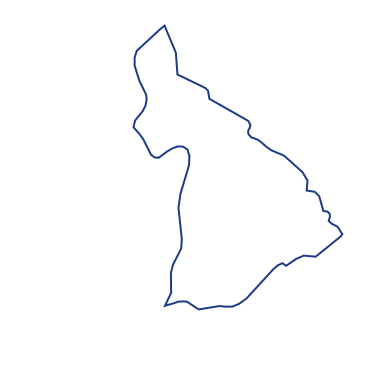 an SVG outline of Balqa, rotated 134°
{"feature_id": "JOR-857", "entity_name": "Balqa", "entity_type": "Province", "adm_level": 1, "iso_a3": "JOR", "parent_name": "Jordan", "parent_adm1": "", "projection": "orthographic", "projection_center": [35.66, 31.936], "detail": "fine", "context": "isolated", "style": "outline", "palette": "blue", "viewbox_px": 384, "rotation_deg": 134, "n_neighbors": 0, "source": "natural_earth", "source_scale": "10m", "svg_char_len": 1101}
<svg xmlns="http://www.w3.org/2000/svg" viewBox="0 0 384 384"><g transform="rotate(134 192 192)"><path d="M91.4,327.3L103.0,300.4L117.6,284.1L108.0,254.9L108.0,250.9L112.9,244.2L101.8,201.0L103.1,196.6L105.9,195.0L109.1,194.1L111.2,191.6L111.5,187.3L108.8,181.3L108.1,176.8L107.8,169.5L106.8,163.7L101.9,151.0L101.0,126.1L103.6,116.8L111.3,110.5L106.5,103.7L106.7,97.5L114.4,84.3L112.0,80.9L112.0,77.9L114.1,75.5L117.8,73.6L117.8,69.6L115.9,63.2L117.9,54.5L120.9,54.2L152.6,58.1L160.1,67.4L167.8,70.6L179.7,73.0L180.4,77.5L185.1,79.3L191.2,79.9L230.9,78.8L239.9,80.5L246.3,83.3L251.5,88.5L254.9,93.0L271.8,105.6L274.4,119.5L276.8,122.3L280.5,125.8L283.6,127.2L292.6,132.4L279.1,136.9L264.8,151.0L257.7,155.1L240.3,160.5L233.4,166.1L212.8,190.7L201.4,199.0L174.7,212.8L167.8,219.0L164.6,224.9L165.6,229.9L168.8,233.7L173.7,236.2L179.8,238.0L190.3,239.7L193.0,242.6L193.7,247.2L187.9,263.7L186.9,269.4L186.0,279.1L180.1,282.6L167.8,283.7L162.1,285.5L156.6,289.2L153.8,292.8L148.4,307.4L140.9,321.1L135.1,326.7L128.7,329.8L97.1,328.0L91.4,327.3Z" fill="none" stroke="#1e3a8a" stroke-width="2"/></g></svg>